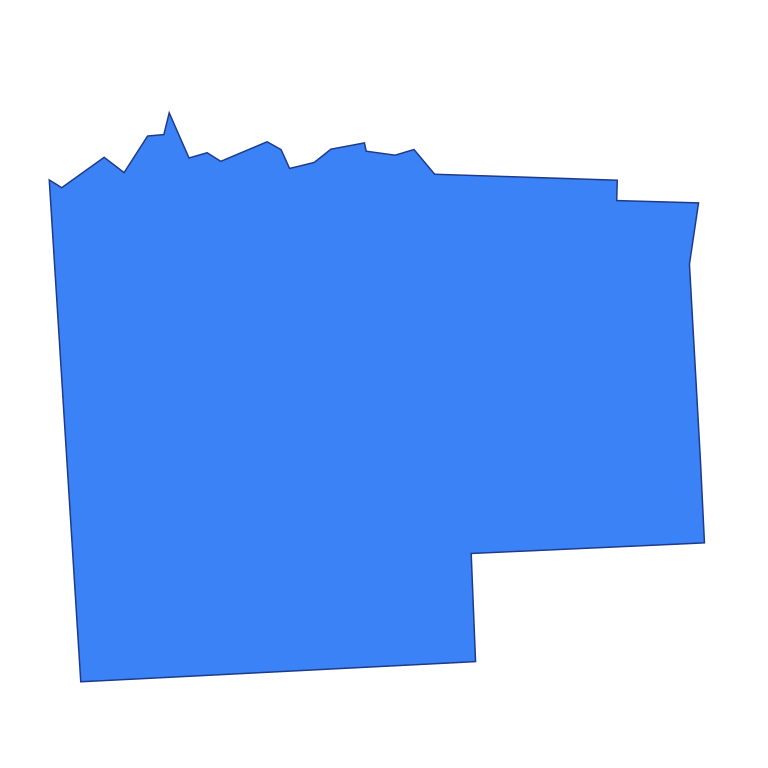 outline of Real, Texas, United States of America, rotated 87°
{"feature_id": "52423323B52683952870677", "entity_name": "Real", "entity_type": "district", "adm_level": 2, "iso_a3": "USA", "parent_name": "United States of America", "parent_adm1": "Texas", "projection": "mercator", "projection_center": [-99.949, 29.853], "detail": "fine", "context": "isolated", "style": "filled", "palette": "blue", "viewbox_px": 768, "rotation_deg": 87, "n_neighbors": 0, "source": "geoboundaries", "source_scale": "gbopen_adm2", "svg_char_len": 525}
<svg xmlns="http://www.w3.org/2000/svg" viewBox="0 0 768 768"><g transform="rotate(87 384 384)"><path d="M476.5,72.0L280.3,72.7L219.6,60.4L213.0,142.0L192.7,140.4L177.2,322.4L151.4,341.8L156.1,360.9L150.6,389.6L142.2,390.9L146.7,424.7L159.1,442.1L163.8,467.0L144.6,474.5L136.0,488.1L153.1,535.4L143.8,548.5L148.1,566.9L102.0,584.3L123.4,590.8L124.0,607.1L159.3,632.5L143.0,651.6L171.1,695.6L162.7,707.6L665.5,702.4L666.0,307.1L557.8,305.8L559.4,72.3L476.5,72.0Z" fill="#3b82f6" stroke="#1e3a8a" stroke-width="1.5"/></g></svg>